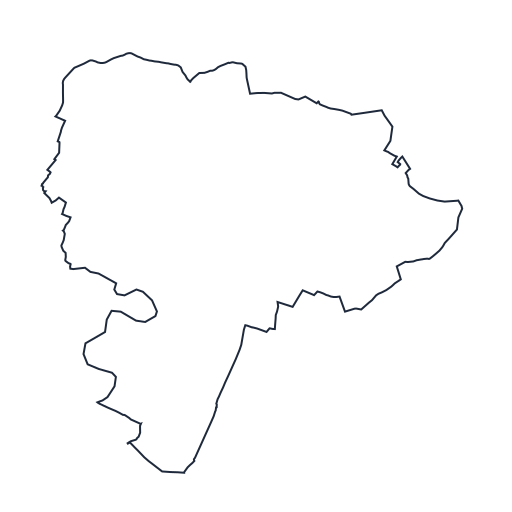 Santimbru, Alba, Romania, rotated 176°
{"feature_id": "2599482B84264195249861", "entity_name": "Santimbru", "entity_type": "district", "adm_level": 2, "iso_a3": "ROU", "parent_name": "Romania", "parent_adm1": "Alba", "projection": "natural_earth1", "projection_center": [23.665, 46.133], "detail": "fine", "context": "isolated", "style": "outline", "palette": "slate", "viewbox_px": 512, "rotation_deg": 176, "n_neighbors": 0, "source": "geoboundaries", "source_scale": "gbopen_adm2", "svg_char_len": 4943}
<svg xmlns="http://www.w3.org/2000/svg" viewBox="0 0 512 512"><g transform="rotate(176 256 256)"><path d="M371.3,466.8L373.1,465.9L375.1,465.2L376.9,465.1L384.1,463.3L386.9,462.2L391.8,459.9L393.4,459.4L395.6,459.2L397.7,459.4L400.5,460.2L402.2,461.2L405.6,462.5L407.3,462.7L408.4,462.5L414.2,459.9L420.4,457.7L423.9,456.5L424.6,456.0L434.0,447.1L435.1,445.9L436.2,444.1L436.7,442.0L436.6,440.4L437.2,432.2L437.6,424.4L437.8,422.5L438.8,419.9L441.7,414.6L445.5,409.9L446.3,409.2L437.0,404.2L440.6,397.6L441.8,394.6L442.0,393.5L445.8,384.2L444.2,383.4L444.1,382.7L445.2,372.7L450.4,366.7L449.2,365.7L458.1,356.5L455.4,354.2L455.3,353.6L455.5,353.2L455.4,353.2L455.8,352.4L457.8,350.9L458.2,348.9L459.2,348.0L463.2,343.8L463.4,343.2L464.3,342.8L465.0,341.1L464.2,340.8L464.1,340.1L463.4,339.6L463.9,338.0L463.8,336.6L462.8,335.4L461.4,335.2L462.8,333.6L458.0,328.2L456.6,325.1L456.1,323.4L451.9,325.4L448.5,328.0L441.9,322.6L443.5,318.4L444.7,316.2L446.0,312.1L446.5,311.4L442.4,309.2L438.3,307.5L439.9,303.9L441.1,302.5L443.6,300.2L444.3,298.6L445.3,296.6L446.0,295.3L446.8,294.8L446.0,294.0L445.2,291.4L446.7,285.3L447.9,282.8L449.4,280.1L449.3,278.7L447.9,274.7L445.7,272.4L445.8,268.3L446.6,265.2L446.3,264.3L443.5,261.9L441.6,261.1L441.5,260.7L442.2,258.5L442.1,256.3L439.2,255.7L427.4,256.2L422.3,251.7L414.3,249.5L397.4,238.5L399.7,232.4L397.3,227.7L389.9,225.9L377.6,230.9L371.3,228.2L362.8,219.0L358.7,207.6L360.5,203.1L371.2,197.9L380.2,199.9L394.8,209.9L403.9,211.4L409.3,203.0L411.9,190.7L432.2,180.8L434.9,170.2L431.5,159.7L420.8,154.3L407.8,149.6L404.2,145.2L405.4,139.6L405.8,137.8L406.2,135.9L411.4,129.0L414.0,125.6L419.2,122.6L421.8,121.9L424.4,121.1L424.1,120.8L422.3,119.5L414.6,115.2L412.1,113.9L409.6,112.6L407.0,111.3L403.3,109.1L399.8,106.8L398.2,106.6L397.2,105.9L395.4,104.5L393.7,103.2L392.3,101.7L382.8,96.6L382.5,96.7L383.5,94.7L383.6,93.3L383.9,87.8L385.7,83.9L387.2,82.8L388.1,81.5L388.8,81.1L393.6,80.0L395.3,79.2L397.1,78.2L396.9,77.8L394.8,78.8L392.5,76.1L390.0,73.1L387.8,70.6L381.5,63.0L377.4,58.9L374.3,56.2L365.0,47.9L364.6,47.6L356.0,46.4L349.1,45.7L348.4,45.6L342.8,44.8L342.8,45.3L342.4,45.8L338.9,50.0L337.7,51.0L336.4,52.1L334.3,53.7L334.2,53.7L331.8,55.9L332.1,56.8L332.1,57.6L330.9,59.0L312.4,93.4L309.4,99.1L307.6,103.7L307.0,104.7L306.4,107.7L305.8,107.8L305.5,110.7L305.9,111.4L304.3,115.8L302.7,118.5L300.7,122.4L298.0,127.2L295.6,132.0L292.0,138.5L283.3,154.7L278.9,163.6L276.9,168.4L273.2,183.4L271.5,187.7L269.5,187.1L264.8,185.0L264.5,185.1L260.0,183.6L255.7,181.7L250.8,179.5L247.5,182.9L247.3,182.9L244.6,182.1L242.3,181.8L241.7,186.2L240.8,192.1L240.4,195.7L238.9,199.1L237.8,202.7L237.4,204.2L237.7,208.6L223.0,202.7L219.5,207.7L215.3,213.7L211.8,218.5L201.9,213.5L200.8,212.9L197.2,216.3L194.4,215.3L191.4,213.9L188.6,212.2L186.5,211.5L185.6,211.0L184.0,210.3L181.5,209.7L178.8,209.5L175.5,209.7L171.1,194.3L161.2,196.6L159.4,196.5L154.8,195.3L146.6,201.6L143.4,203.8L138.9,208.4L136.4,209.8L133.1,210.9L128.4,212.9L123.2,216.0L121.4,217.4L119.5,219.0L113.2,222.6L115.0,230.3L116.3,235.8L107.5,239.8L105.1,239.4L99.4,239.6L95.9,240.6L94.5,240.7L93.7,240.8L92.0,241.0L90.4,241.1L88.7,241.3L85.4,241.4L83.6,241.0L82.9,241.2L80.3,242.9L76.4,245.7L72.7,248.5L69.6,251.7L68.4,253.3L66.8,255.8L65.2,257.3L63.1,259.2L62.9,259.4L59.1,263.1L53.7,268.4L51.4,280.4L49.2,284.6L47.0,288.8L47.1,289.5L47.3,290.1L47.4,291.4L50.3,297.2L51.5,297.1L64.0,297.1L71.2,298.7L78.7,301.3L85.1,304.2L89.1,306.8L94.2,311.9L97.7,315.0L98.5,316.5L98.7,317.5L98.7,322.6L98.9,323.0L99.3,323.7L99.6,325.9L100.9,328.3L97.8,331.2L96.2,332.2L103.1,345.0L104.3,344.0L104.8,343.6L105.0,343.3L106.1,342.3L107.2,341.1L108.1,339.8L105.7,337.6L105.8,337.1L107.4,335.8L108.6,334.6L110.1,335.8L113.6,338.1L108.6,345.4L109.0,345.6L109.5,345.7L111.1,346.5L115.1,349.1L115.5,349.4L116.1,349.9L116.9,350.6L118.3,351.2L120.6,352.4L113.9,361.5L112.9,366.2L110.9,375.5L116.2,384.2L117.9,386.9L120.4,392.6L138.6,391.2L150.9,390.3L151.2,391.0L151.7,391.4L159.7,395.0L163.0,396.0L167.8,397.2L171.2,397.9L173.8,398.9L175.2,399.7L179.1,401.5L181.7,402.9L182.3,403.9L182.6,405.5L183.0,405.8L184.8,404.1L195.7,411.6L202.7,409.2L206.0,409.9L219.7,417.1L226.3,417.5L228.8,417.0L236.3,418.1L243.8,418.5L250.6,418.3L252.8,433.6L252.9,435.0L252.8,439.0L252.8,442.2L253.3,445.6L255.4,447.7L256.1,448.5L256.9,448.9L258.5,449.2L261.5,449.6L263.4,450.2L265.2,450.8L266.2,450.9L269.2,450.4L270.0,450.7L273.8,449.4L278.1,448.1L280.7,447.0L282.7,445.5L284.5,444.5L286.5,443.9L288.8,444.0L291.4,443.1L294.7,442.3L299.8,442.5L306.1,437.9L308.2,436.0L309.1,434.9L309.2,434.5L309.5,434.3L311.2,436.3L311.8,436.8L312.9,438.8L313.8,441.0L316.4,444.7L317.9,449.4L320.0,451.3L320.9,451.8L322.7,452.4L324.3,452.6L327.8,453.5L330.2,454.3L331.7,454.5L337.1,455.8L339.4,456.5L343.6,457.2L346.8,458.1L348.6,458.4L351.6,459.4L354.2,460.1L357.3,462.0L360.3,463.3L366.0,466.8L367.5,467.2L369.2,467.2L371.3,466.8Z" fill="none" stroke="#1e293b" stroke-width="2"/></g></svg>